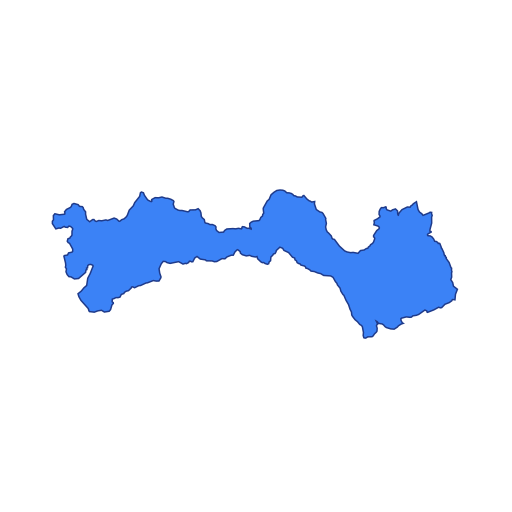 Ferreñafe, Lambayeque, Peru (orthographic projection), rotated 234°
{"feature_id": "86281439B15952287038744", "entity_name": "Ferreñafe", "entity_type": "district", "adm_level": 2, "iso_a3": "PER", "parent_name": "Peru", "parent_adm1": "Lambayeque", "projection": "orthographic", "projection_center": [-79.498, -6.346], "detail": "fine", "context": "isolated", "style": "filled", "palette": "blue", "viewbox_px": 512, "rotation_deg": 234, "n_neighbors": 0, "source": "geoboundaries", "source_scale": "gbopen_adm2", "svg_char_len": 6150}
<svg xmlns="http://www.w3.org/2000/svg" viewBox="0 0 512 512"><g transform="rotate(234 256 256)"><path d="M291.7,317.5L293.4,316.4L295.3,314.2L296.8,311.3L297.0,307.9L296.7,304.2L294.1,299.9L293.9,297.4L290.6,290.3L290.0,289.6L286.1,287.4L285.7,285.9L284.5,284.7L284.4,282.6L283.0,280.2L282.9,279.2L285.8,274.2L286.2,272.0L286.0,270.0L283.2,268.1L281.2,268.4L280.6,267.9L282.5,266.7L283.6,265.1L286.4,263.7L287.7,262.3L287.5,261.5L286.6,260.7L286.5,260.2L288.7,258.1L290.0,255.4L291.7,253.5L295.0,248.3L295.1,245.6L294.4,243.8L296.8,239.9L299.8,239.1L301.6,239.5L303.0,240.7L304.5,240.7L307.0,239.3L308.5,237.2L310.4,236.3L312.5,234.4L313.3,234.4L315.9,235.6L318.3,235.0L320.1,235.0L323.3,236.8L325.5,237.4L328.3,237.0L328.9,234.2L332.0,229.7L331.5,227.6L331.9,226.7L336.3,222.9L337.6,221.1L339.0,219.9L342.3,218.4L343.1,218.4L346.6,219.5L348.3,221.6L349.3,221.7L351.9,220.5L354.6,218.5L355.8,216.9L359.0,214.6L360.4,211.3L362.5,208.7L363.0,204.8L361.6,204.0L361.6,203.1L364.5,201.5L365.6,201.3L370.7,201.4L373.3,202.1L375.1,200.9L375.1,199.7L372.6,196.9L370.5,189.3L368.7,186.2L367.6,180.4L364.5,175.7L363.9,173.9L363.6,171.0L364.3,168.8L364.2,166.1L364.6,165.6L367.8,165.0L370.1,163.5L371.9,156.9L373.4,155.8L375.2,151.8L377.1,149.7L377.8,147.1L378.7,146.5L380.8,146.3L381.5,145.3L381.5,141.6L385.1,140.6L390.0,142.7L391.9,144.1L395.0,144.0L396.7,144.6L398.0,144.5L399.9,142.4L402.1,142.3L405.5,139.6L405.9,137.6L404.6,135.6L404.4,134.3L405.1,130.0L404.3,127.1L403.1,126.7L402.3,125.8L404.9,121.1L408.4,118.1L407.8,115.8L404.3,113.4L403.8,111.7L401.9,110.3L395.6,110.0L394.5,113.0L393.3,114.2L392.7,118.2L391.5,118.6L389.8,120.4L390.2,121.9L389.9,122.5L388.8,123.4L386.1,123.9L385.1,123.1L384.3,121.8L381.2,119.5L380.7,118.6L380.5,117.0L379.9,116.0L380.5,114.0L378.9,112.0L377.3,111.9L375.8,112.6L369.4,111.8L367.5,110.4L367.3,109.3L368.7,106.2L367.6,104.1L369.0,101.2L368.8,100.5L362.3,97.8L360.1,96.5L359.0,95.2L357.0,95.1L354.9,93.0L352.0,92.3L349.3,92.5L347.8,94.1L344.2,95.6L342.1,99.2L342.9,108.5L344.6,110.1L344.4,111.2L345.8,111.8L345.5,112.8L347.1,114.2L347.2,114.7L347.2,115.8L346.3,117.4L344.5,118.5L343.6,118.3L339.3,111.6L336.9,106.8L331.7,101.7L331.4,98.1L330.3,94.0L330.1,89.8L327.2,88.8L323.0,88.3L312.1,89.4L309.8,88.6L308.9,88.6L305.6,92.2L304.6,95.8L302.9,99.1L299.8,100.4L297.6,104.7L298.1,106.8L301.1,110.7L301.5,112.7L302.2,113.1L303.5,112.7L305.6,114.4L305.0,116.1L304.7,118.2L303.4,119.9L302.7,121.8L304.1,124.5L303.3,127.0L303.9,128.1L303.8,130.3L302.9,132.5L303.5,136.5L304.0,137.1L303.6,138.1L301.7,139.1L300.9,143.7L300.0,145.2L298.8,151.2L298.1,152.4L296.5,158.5L294.3,160.6L292.8,162.8L294.3,166.2L295.0,166.9L298.7,168.0L302.7,170.1L305.4,174.8L306.2,177.8L304.7,179.5L303.0,180.1L300.5,182.2L296.9,190.1L292.4,192.2L291.6,194.5L290.7,195.2L290.3,197.6L290.9,198.9L290.7,199.6L289.1,200.5L288.5,201.5L290.4,205.3L290.3,208.0L286.3,209.1L282.5,212.9L281.3,213.0L277.8,217.6L275.8,219.0L274.6,221.0L273.9,226.9L272.0,229.2L272.3,232.1L271.2,236.4L270.0,238.1L271.6,241.2L272.1,244.1L271.9,244.9L268.9,245.8L267.6,245.1L265.1,245.7L261.8,248.2L260.2,251.3L258.2,252.4L255.5,255.0L255.0,256.5L252.8,255.7L248.4,256.5L246.9,257.2L246.2,258.4L244.6,258.9L242.6,260.4L242.3,261.7L243.5,263.2L243.6,265.0L246.4,267.4L246.8,270.1L247.4,271.3L246.8,272.9L247.7,274.8L248.5,275.6L249.1,280.5L246.6,282.1L244.1,281.9L239.6,284.4L233.6,284.8L231.6,286.1L230.0,285.3L228.4,285.9L226.5,285.4L224.9,286.0L224.0,286.9L222.3,287.0L219.3,289.4L218.0,289.6L216.9,289.2L215.6,290.3L213.1,291.4L211.5,291.6L209.1,294.1L206.1,295.9L203.7,298.0L200.5,299.3L196.0,304.7L193.4,305.8L188.6,305.2L186.2,305.4L184.9,304.9L180.5,305.1L177.7,304.0L173.7,303.7L172.6,304.0L167.3,302.8L162.3,302.3L157.7,300.8L154.6,300.3L152.0,298.8L150.3,298.6L146.2,298.7L143.2,299.5L139.7,299.7L137.8,300.5L136.3,300.5L131.0,298.0L128.7,296.0L126.5,295.2L125.7,295.8L125.1,296.5L124.9,298.9L122.5,302.4L122.5,303.8L123.3,305.9L123.7,308.7L124.1,309.7L126.4,311.6L128.7,312.4L129.4,313.6L129.4,314.4L132.6,315.0L131.5,315.5L129.6,315.4L126.9,318.1L125.3,318.7L122.9,318.9L121.5,319.4L117.8,322.2L115.6,324.8L115.4,328.5L115.8,330.3L115.6,333.4L115.0,335.5L115.9,335.1L118.4,335.4L120.1,336.3L120.2,337.1L118.4,341.8L115.9,344.5L115.2,345.8L115.4,347.7L113.8,350.8L113.1,353.3L113.0,360.9L111.2,361.9L110.0,361.4L109.6,361.6L107.9,368.2L107.2,373.6L105.6,374.8L105.1,375.9L105.9,380.5L104.7,385.0L104.7,388.1L105.2,388.9L105.2,389.6L103.6,391.2L107.8,394.9L110.7,399.4L115.5,398.0L118.9,399.5L122.4,399.7L123.9,401.9L127.6,404.4L128.0,405.2L129.6,405.8L131.2,407.1L132.0,406.9L137.2,408.4L142.3,408.4L143.0,409.1L144.1,408.8L145.1,409.3L145.4,408.9L146.1,408.9L148.3,409.9L152.9,410.8L153.5,410.6L154.1,411.0L157.8,412.0L158.3,412.0L159.0,410.8L159.9,411.0L161.6,410.5L162.9,409.2L165.2,409.7L167.9,409.6L169.8,408.8L171.4,407.0L172.3,407.1L172.8,408.0L172.4,411.8L172.9,412.0L173.8,411.3L174.9,412.0L179.4,417.5L184.2,420.9L185.3,422.4L187.3,423.0L188.0,423.7L189.1,422.6L189.1,421.4L190.7,415.0L192.7,415.0L195.4,414.1L198.3,414.4L205.6,417.7L205.8,413.9L205.4,412.6L205.5,410.7L204.9,409.4L206.7,407.2L207.7,401.4L206.9,397.8L206.3,396.2L205.4,395.2L205.8,395.0L207.0,395.5L209.2,397.0L212.1,396.5L213.1,393.6L213.1,391.4L216.3,389.1L217.9,389.2L219.0,390.0L219.5,389.9L220.3,387.2L221.3,386.2L221.4,385.6L220.9,384.0L219.7,381.9L217.3,380.0L215.5,379.8L214.8,379.3L214.7,376.2L215.3,372.5L215.0,372.1L213.4,371.3L212.0,369.7L208.5,372.3L207.3,372.6L206.2,372.3L205.7,371.5L205.6,368.6L203.5,363.2L202.4,362.4L201.3,362.7L200.2,362.2L198.1,359.1L197.7,357.5L197.8,355.3L197.2,354.1L197.2,352.2L196.5,350.9L197.2,349.7L197.3,347.0L199.0,343.7L198.2,340.1L201.8,336.7L203.1,334.5L205.8,332.0L208.1,330.7L215.0,329.3L223.3,329.2L224.6,328.1L225.4,327.9L228.0,328.7L232.2,328.2L233.5,327.8L235.9,328.2L238.6,329.4L241.0,332.1L244.5,333.7L245.4,334.6L250.9,335.2L252.4,335.0L254.2,333.5L258.2,332.1L263.8,333.9L265.6,335.5L266.9,332.8L268.6,332.1L269.3,331.5L272.0,330.7L276.8,330.3L277.1,329.6L276.6,327.6L279.6,324.0L281.3,323.3L282.7,322.0L284.0,322.0L285.7,321.4L287.6,319.9L289.0,318.1L291.7,317.5Z" fill="#3b82f6" stroke="#1e3a8a" stroke-width="1.5"/></g></svg>